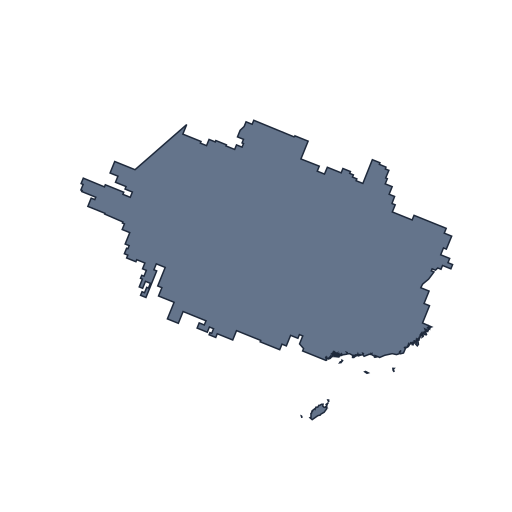 Ashburton, Western Australia, Australia, rotated 202°
{"feature_id": "25037944B95548638033328", "entity_name": "Ashburton", "entity_type": "district", "adm_level": 2, "iso_a3": "AUS", "parent_name": "Australia", "parent_adm1": "Western Australia", "projection": "mercator", "projection_center": [115.241, -22.235], "detail": "fine", "context": "isolated", "style": "filled", "palette": "slate", "viewbox_px": 512, "rotation_deg": 202, "n_neighbors": 0, "source": "geoboundaries", "source_scale": "gbopen_adm2", "svg_char_len": 6047}
<svg xmlns="http://www.w3.org/2000/svg" viewBox="0 0 512 512"><g transform="rotate(202 256 256)"><path d="M342.5,176.3L342.5,205.0L345.5,205.0L345.5,211.4L335.9,211.4L335.9,191.4L331.4,191.4L331.4,182.4L314.6,182.4L314.6,164.5L302.8,164.5L302.8,177.2L278.1,177.2L278.1,172.7L283.6,172.7L283.6,167.1L272.6,167.1L272.6,172.7L268.1,172.7L268.1,167.7L270.0,167.7L270.0,165.4L262.8,165.4L262.8,169.4L246.1,169.4L246.1,179.5L220.0,179.5L220.0,178.0L198.9,178.0L198.9,184.0L194.2,184.0L194.2,195.4L186.3,195.4L186.3,199.4L182.7,199.4L182.7,190.8L177.2,188.0L177.2,185.4L152.0,185.4L151.5,186.0L151.8,186.6L152.2,186.2L151.9,187.1L152.7,187.7L153.3,186.9L152.6,187.9L152.9,188.0L153.0,188.4L153.3,188.4L153.2,188.7L152.4,187.8L152.7,188.5L152.8,189.3L152.2,187.7L150.4,188.2L150.9,187.7L150.3,187.6L149.0,188.7L149.4,189.1L149.2,189.6L148.9,189.1L148.3,190.0L148.4,190.7L148.7,190.5L149.0,190.5L149.5,189.6L149.8,189.5L149.1,190.6L148.4,190.9L149.1,191.3L149.0,190.8L149.8,189.8L149.3,191.2L149.1,191.5L148.3,191.0L147.3,191.7L147.2,192.2L147.6,191.9L148.5,192.3L147.6,192.0L147.4,192.9L149.3,193.6L148.6,194.8L148.6,193.6L147.8,193.5L147.3,194.4L147.3,195.6L147.8,195.5L148.4,196.0L148.4,195.7L148.4,196.0L147.8,195.6L147.2,196.6L146.1,195.3L146.0,196.7L145.4,194.0L145.1,196.7L144.7,195.4L143.6,195.5L144.5,196.1L144.6,196.4L144.4,196.8L144.4,196.1L143.5,195.5L144.7,195.1L144.6,193.5L143.1,195.2L143.2,195.9L143.7,195.7L143.9,195.9L143.8,196.4L143.5,195.7L142.9,196.2L143.0,195.3L142.4,196.5L142.8,195.2L141.2,194.8L140.8,195.1L141.5,195.5L140.6,195.1L138.8,196.3L141.3,195.6L141.6,196.1L140.3,196.7L140.2,197.4L138.8,196.7L135.0,199.0L134.7,199.8L135.8,200.6L135.2,200.6L134.7,199.8L134.7,199.4L132.5,200.5L128.5,200.0L128.6,200.6L128.3,199.9L129.0,199.7L128.3,199.1L127.3,200.4L127.7,200.7L126.6,201.2L126.6,202.3L125.9,200.8L124.1,202.0L125.8,203.0L124.6,202.6L124.7,203.3L123.4,201.9L122.2,203.0L122.8,203.3L123.3,204.0L122.1,203.1L119.9,204.6L120.7,205.8L119.9,205.8L119.8,204.4L118.2,203.5L114.3,207.2L114.2,208.0L114.1,207.3L112.2,207.9L113.2,207.7L113.0,208.5L112.5,208.0L112.0,208.7L111.9,208.2L111.2,208.5L112.1,207.9L108.7,207.5L108.0,206.8L107.5,207.1L107.9,207.6L107.4,207.3L106.8,207.8L107.2,207.8L107.7,208.3L105.8,208.3L107.8,206.7L109.0,207.0L107.9,206.6L105.1,208.4L103.4,208.2L99.4,212.2L93.1,216.5L88.8,217.2L85.9,219.6L86.7,219.8L87.0,220.8L86.1,222.8L86.7,220.5L85.4,219.5L82.9,221.3L82.8,226.2L83.2,227.1L84.5,226.3L83.5,227.3L82.6,226.9L81.3,228.4L81.1,229.1L81.6,228.8L82.4,229.1L80.8,229.3L80.8,230.3L81.5,230.7L81.6,231.4L80.6,230.5L80.1,234.2L79.7,232.6L78.6,233.9L78.8,235.2L78.5,233.3L77.4,233.7L77.8,234.9L76.9,235.8L77.6,236.6L77.7,237.2L76.5,235.3L75.7,237.9L76.0,239.0L75.3,238.6L73.4,239.0L73.6,240.4L74.8,240.0L73.8,241.2L74.0,241.8L74.4,241.4L74.2,241.9L73.4,242.3L74.2,244.2L74.0,245.2L73.5,243.7L72.2,244.2L73.2,246.4L72.1,245.9L72.7,248.6L72.0,246.9L71.3,247.6L71.3,246.5L68.7,246.6L68.5,247.2L70.7,249.0L71.3,248.8L71.1,249.2L70.0,248.8L69.9,249.2L72.1,251.6L71.2,251.5L70.4,250.3L69.5,250.3L69.7,251.4L68.5,250.6L68.4,252.8L70.7,254.2L67.8,253.4L68.2,254.3L70.0,255.2L68.3,254.8L69.1,255.8L67.5,255.3L66.7,256.0L76.5,256.3L76.5,274.9L82.4,274.9L82.4,288.3L91.3,288.3L91.0,292.3L87.3,299.2L85.0,307.9L87.9,307.9L87.9,310.1L84.3,310.1L83.0,313.0L79.5,313.0L79.5,317.1L70.5,317.1L70.5,321.7L75.5,321.7L75.5,326.3L85.2,326.3L85.2,333.7L82.1,333.7L82.0,347.7L90.0,347.7L90.0,352.9L124.7,352.9L124.7,347.9L146.1,347.9L146.1,355.6L150.2,355.6L149.6,355.7L149.8,363.1L155.7,363.1L155.7,371.3L163.2,371.3L163.2,376.9L165.0,376.9L164.9,385.2L168.6,385.1L168.8,387.1L176.0,387.2L176.0,388.9L184.2,388.9L184.1,363.3L191.4,363.3L191.4,365.3L196.1,365.3L196.1,367.7L200.1,367.7L200.1,369.7L208.2,369.7L208.2,365.0L223.1,365.0L223.2,357.6L231.0,357.6L231.0,363.0L250.7,362.8L250.7,382.0L264.8,382.0L264.6,381.5L265.4,380.7L308.9,381.0L308.9,376.7L315.5,376.7L315.5,371.6L317.8,366.6L317.8,359.5L311.3,359.5L311.3,355.6L309.7,355.6L309.7,351.7L315.7,351.7L315.7,346.8L325.1,346.8L325.1,348.0L336.5,348.0L336.5,346.5L343.2,346.5L343.2,339.8L349.9,339.8L349.9,341.6L369.5,341.6L369.5,351.9L400.5,290.7L422.4,290.7L422.4,278.3L413.9,278.3L413.9,271.7L402.5,271.7L402.5,269.0L394.6,269.0L394.6,263.3L402.5,263.3L402.5,265.6L422.4,265.6L422.4,263.3L445.3,263.5L445.3,257.6L443.1,257.6L443.1,251.6L441.7,251.6L441.7,250.5L426.6,250.5L426.6,247.9L430.5,247.9L430.5,239.0L412.0,239.0L412.0,238.2L392.2,237.7L392.2,236.5L390.0,236.5L390.0,230.4L381.8,230.4L381.8,218.1L377.5,218.1L377.5,214.7L378.9,214.7L378.9,208.8L375.2,208.8L375.2,205.7L365.2,205.7L365.2,207.9L356.4,207.9L356.4,201.6L352.3,201.6L352.3,195.3L354.7,195.3L354.7,192.0L352.7,192.0L352.7,183.6L349.0,183.6L349.0,191.1L343.7,191.1L343.7,186.0L345.6,186.0L345.6,180.2L348.3,180.2L348.3,176.3L342.5,176.3ZM134.3,136.6L133.2,140.9L134.2,143.4L135.2,142.1L134.3,141.9L136.3,141.2L137.9,141.9L138.3,143.7L139.8,143.0L140.9,141.4L141.8,141.1L142.1,139.0L143.8,138.3L143.8,136.1L144.3,136.4L145.6,134.2L145.5,133.3L146.0,133.2L145.6,131.2L146.1,130.6L144.6,127.2L145.4,126.3L142.6,125.3L138.8,131.2L136.8,132.6L136.6,133.7L134.3,136.6ZM72.3,234.9L74.4,238.5L74.8,238.6L75.5,237.2L75.3,235.9L74.5,235.5L75.1,234.2L72.8,233.1L72.3,234.9ZM141.7,194.3L143.1,195.1L145.2,192.3L142.9,193.1L141.7,194.3ZM108.1,189.7L111.2,190.0L111.8,189.4L109.2,188.8L108.1,189.7ZM146.0,193.2L146.4,195.3L147.2,195.7L147.0,195.1L147.5,193.7L146.0,193.2ZM126.0,200.8L128.7,198.6L128.5,198.1L127.3,198.5L126.0,200.8ZM134.5,145.8L133.9,147.2L135.4,144.6L134.3,143.7L134.5,145.8ZM85.9,203.5L87.0,203.1L86.1,201.4L84.5,200.3L86.3,202.6L85.9,203.5ZM77.4,233.7L78.3,233.0L78.0,232.3L77.1,232.5L77.4,233.7ZM134.7,149.7L135.5,149.4L133.9,147.9L134.7,149.7ZM138.4,188.4L137.6,189.0L137.4,189.8L138.2,189.5L138.4,188.4ZM136.5,191.4L137.3,191.6L136.9,190.2L136.5,191.4ZM141.2,194.1L142.0,193.6L142.4,193.1L141.3,193.4L141.2,194.1ZM152.8,123.1L153.4,124.3L153.9,124.7L154.1,124.7L152.8,123.1ZM71.4,243.3L70.9,244.0L70.9,244.7L71.3,244.7L71.4,243.3Z" fill="#64748b" stroke="#1e293b" stroke-width="1.5"/></g></svg>